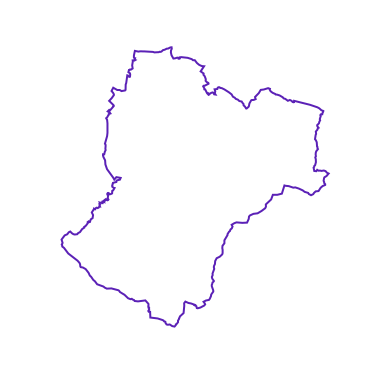 the district of Chiojdeanca, Prahova, Romania, rotated 206°
{"feature_id": "2599482B41397862941548", "entity_name": "Chiojdeanca", "entity_type": "district", "adm_level": 2, "iso_a3": "ROU", "parent_name": "Romania", "parent_adm1": "Prahova", "projection": "natural_earth1", "projection_center": [26.277, 45.174], "detail": "fine", "context": "isolated", "style": "outline", "palette": "violet", "viewbox_px": 384, "rotation_deg": 206, "n_neighbors": 0, "source": "geoboundaries", "source_scale": "gbopen_adm2", "svg_char_len": 6021}
<svg xmlns="http://www.w3.org/2000/svg" viewBox="0 0 384 384"><g transform="rotate(206 192 192)"><path d="M273.8,313.1L274.9,312.4L276.4,310.4L277.6,309.7L279.0,307.8L280.2,306.9L281.0,304.9L281.6,304.2L282.5,303.9L283.2,303.1L287.0,301.0L288.5,300.8L296.4,297.5L300.3,295.7L301.7,294.7L305.2,293.8L304.1,289.4L303.3,287.6L302.6,287.1L301.8,287.3L301.7,286.3L301.4,285.8L300.8,285.8L301.2,285.2L301.7,285.6L301.7,284.9L303.0,284.3L302.4,283.3L301.3,279.6L299.5,277.0L300.5,275.3L301.4,275.0L301.5,274.4L302.0,274.1L301.8,273.8L302.0,273.3L301.7,271.8L299.8,271.5L299.1,270.6L298.4,268.8L298.4,268.2L299.0,268.0L299.9,268.0L300.6,268.6L301.3,268.5L298.9,261.1L298.7,259.5L296.5,254.7L296.7,253.9L299.6,251.8L301.7,252.0L303.9,250.9L308.5,251.2L308.6,247.5L306.5,246.6L305.1,245.6L304.7,244.9L305.3,241.2L306.4,237.6L300.7,235.7L300.2,235.3L300.4,234.6L300.1,234.5L301.5,229.3L302.4,229.5L303.1,227.5L300.7,227.3L299.8,226.8L301.0,225.6L300.7,224.5L300.9,224.2L301.0,222.0L301.5,220.7L299.9,219.6L298.1,216.7L293.9,208.1L292.8,205.0L291.4,197.2L290.6,196.8L289.9,195.7L288.8,192.9L288.0,191.8L288.0,189.9L287.4,187.4L288.5,186.9L288.0,185.8L286.8,184.5L284.0,182.4L281.9,178.8L278.4,175.3L269.2,170.4L267.3,169.1L266.5,172.2L262.3,173.4L262.2,171.5L264.6,169.5L264.8,169.0L264.4,167.8L267.0,165.6L266.8,165.1L266.9,164.2L266.5,163.6L266.6,162.9L266.0,161.8L264.1,161.4L263.4,161.6L263.4,161.4L263.6,158.9L264.2,158.1L263.2,155.7L264.2,154.4L265.4,153.6L266.3,154.5L267.0,154.4L267.2,154.2L266.9,153.6L267.3,153.0L266.7,152.4L265.9,152.2L265.1,149.8L264.4,148.9L263.8,148.6L263.9,148.0L264.4,147.5L265.4,147.9L265.9,147.5L266.3,147.8L266.7,147.1L266.0,146.7L266.3,146.1L266.5,145.9L267.0,146.2L267.5,145.5L266.7,144.6L267.7,144.6L268.3,144.1L267.4,143.2L267.4,142.8L270.3,142.1L269.8,141.7L270.1,140.8L269.7,140.3L269.0,140.2L269.1,139.1L268.3,138.5L269.0,138.1L269.0,137.2L269.7,136.2L270.7,136.2L271.2,135.7L271.6,134.5L271.5,134.2L272.7,134.1L272.4,133.5L272.7,133.3L273.1,129.7L270.8,127.9L269.9,124.9L271.0,123.0L270.6,120.3L271.1,119.9L272.0,120.3L272.6,119.2L272.0,118.3L272.6,115.2L273.6,113.3L273.2,112.8L274.5,110.5L275.1,106.9L276.4,105.0L276.6,103.8L278.7,102.4L280.1,102.1L281.8,102.3L284.1,103.1L285.1,101.8L285.6,99.3L287.4,97.2L288.4,92.1L286.0,89.5L286.0,87.6L285.4,87.3L284.7,86.1L282.6,85.7L276.3,82.5L264.8,80.1L262.1,79.0L261.0,78.1L259.7,76.1L259.1,75.7L257.0,76.3L253.8,76.1L249.5,74.0L247.2,72.1L245.5,71.6L242.2,69.7L240.1,69.2L236.8,67.5L230.1,68.2L228.5,67.8L226.2,67.8L222.2,70.0L215.2,71.4L214.3,71.3L212.8,70.5L207.5,70.0L202.9,68.5L200.3,68.7L199.3,69.6L198.2,69.3L196.9,69.5L195.8,68.9L192.6,70.0L186.4,74.1L182.2,72.4L181.5,71.3L181.3,70.2L180.4,69.6L180.4,69.0L179.7,69.0L179.2,67.7L178.8,67.3L179.2,66.4L179.1,65.9L178.4,65.4L177.1,65.9L174.4,60.9L167.4,63.3L162.4,64.0L161.3,64.0L160.4,63.5L159.1,63.7L158.4,62.7L156.8,61.8L155.5,62.1L153.9,63.2L151.0,62.8L148.7,63.4L148.2,65.2L148.5,65.9L147.9,66.8L147.5,68.9L148.2,70.2L148.0,72.0L148.3,72.7L148.1,73.2L148.3,74.9L146.5,79.5L149.1,86.4L150.3,88.6L149.9,90.6L146.5,90.7L144.0,91.4L139.4,91.9L139.1,91.7L139.4,91.3L138.1,91.3L136.8,89.8L135.9,90.0L133.8,91.8L131.2,95.4L130.8,97.5L131.0,97.1L133.5,98.4L131.9,100.6L129.5,102.4L129.2,103.7L129.3,106.7L129.8,108.3L129.2,111.8L129.8,112.9L132.9,116.0L133.5,117.1L133.5,118.0L133.9,119.7L133.4,120.7L133.3,121.6L135.8,123.0L136.9,124.3L137.0,126.4L137.8,127.7L138.3,132.6L139.5,134.1L139.8,135.3L139.8,137.3L140.9,140.1L140.8,143.3L138.7,146.0L137.5,149.2L137.7,150.5L139.1,153.4L140.2,154.9L141.0,157.0L140.4,160.1L141.7,162.8L141.2,168.8L141.6,169.7L141.3,172.6L140.8,173.5L141.0,175.1L140.3,176.7L140.4,178.7L142.0,179.9L140.3,182.5L138.7,184.2L133.3,186.3L129.1,188.6L129.2,192.6L130.0,195.0L129.6,196.4L127.2,199.3L123.7,201.6L121.2,205.4L119.1,209.5L119.1,211.2L120.2,213.2L117.6,220.0L118.1,224.9L114.2,226.8L110.5,229.9L111.8,238.4L110.6,238.6L107.6,239.7L102.9,240.3L101.2,241.4L97.6,241.9L93.2,242.0L90.8,241.5L87.2,242.1L86.1,241.4L83.6,241.3L82.1,243.2L81.9,244.8L81.1,246.8L78.7,248.3L78.2,252.3L77.2,254.6L75.4,256.7L75.7,257.4L77.2,258.1L77.6,258.9L78.6,259.7L79.4,262.4L79.4,263.3L78.1,265.3L77.3,268.5L79.2,268.5L81.1,269.3L82.9,269.1L84.9,267.7L86.2,267.4L87.7,266.6L89.2,266.8L89.4,265.2L91.3,264.5L93.4,267.2L93.2,268.1L93.5,269.0L93.1,270.1L93.7,273.1L95.1,275.7L96.4,277.2L96.3,278.4L97.4,280.1L98.0,281.7L98.2,283.0L97.6,285.8L98.6,286.5L98.9,287.4L99.6,287.8L101.7,291.4L103.2,292.7L104.6,293.4L105.9,297.6L105.9,298.6L107.2,300.6L106.6,303.2L106.9,304.5L106.4,305.2L108.1,306.0L108.8,306.9L108.0,309.4L108.4,311.2L108.2,312.5L109.1,313.5L109.6,316.8L110.2,317.1L110.4,317.9L110.1,318.5L109.0,319.0L109.3,320.2L109.3,321.8L109.5,322.4L111.5,322.2L114.3,323.0L116.4,323.1L124.2,322.1L140.2,318.7L139.7,317.5L140.2,317.1L141.1,317.0L142.5,317.6L144.4,317.6L145.8,316.0L149.0,316.6L150.7,316.3L151.9,316.9L155.6,317.2L158.3,316.8L159.6,316.3L160.2,316.6L163.0,316.5L165.5,317.0L167.1,318.1L167.2,318.9L169.1,318.7L172.4,315.6L175.0,313.9L175.3,310.2L177.0,305.0L175.5,303.4L176.9,301.8L178.7,300.8L179.0,300.3L179.2,296.7L178.5,294.2L178.5,293.4L179.5,291.0L180.0,290.8L181.9,292.0L183.6,292.5L184.3,293.7L185.8,294.3L187.0,295.1L189.3,294.5L191.2,295.1L193.5,294.9L194.9,295.5L197.0,295.6L199.2,297.1L202.6,297.8L207.8,298.4L210.8,298.4L212.3,297.9L213.1,298.2L213.9,297.9L214.6,297.1L214.4,295.7L216.7,294.2L215.2,292.6L214.8,290.7L213.6,289.9L214.9,289.5L216.4,290.6L217.2,290.5L218.3,289.4L219.1,287.9L220.0,287.9L219.4,287.0L219.7,286.6L221.8,287.4L225.0,289.9L225.9,289.7L226.2,290.4L228.3,291.9L228.1,292.6L227.2,293.1L224.6,296.5L224.7,296.8L225.2,297.2L227.1,297.3L228.5,297.9L229.1,299.5L231.3,301.6L233.1,302.4L233.5,303.6L237.1,304.2L236.3,310.3L238.4,309.5L241.2,309.4L244.1,310.1L247.3,311.7L248.9,310.9L250.5,311.3L254.7,310.7L260.8,308.5L262.0,307.7L261.5,306.9L261.6,306.4L262.6,305.9L263.4,306.5L264.2,306.3L265.7,304.8L267.2,303.8L270.3,305.9L272.1,308.1L272.9,310.0L273.0,311.9L273.8,313.1Z" fill="none" stroke="#5b21b6" stroke-width="2"/></g></svg>